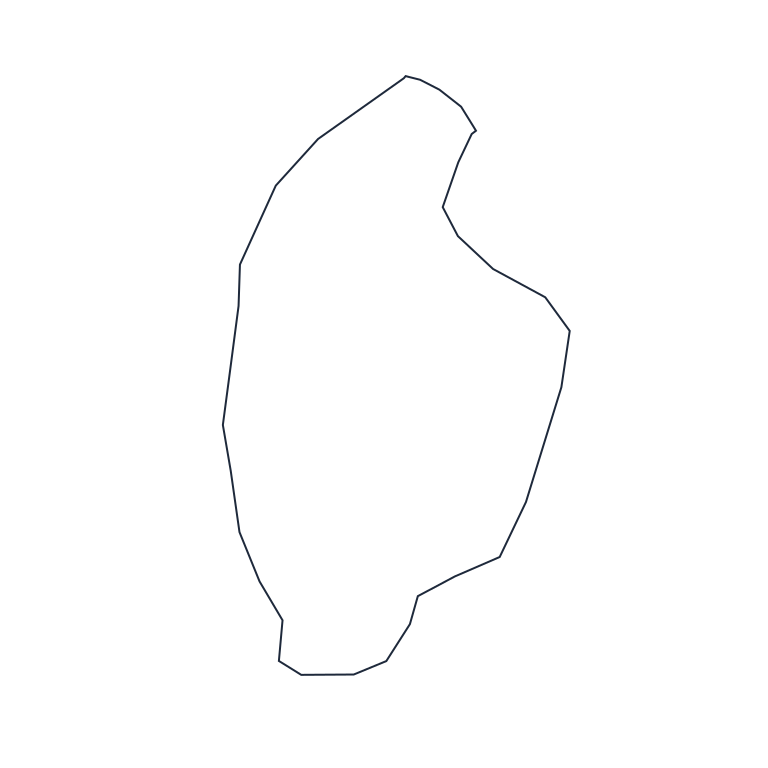 map outline of Bosnian Podrinje (orthographic projection), rotated 106°
{"feature_id": "BIH-2891", "entity_name": "Bosnian Podrinje", "entity_type": "Canton", "adm_level": 1, "iso_a3": "BIH", "parent_name": "Bosnia and Herzegovina", "parent_adm1": "", "projection": "orthographic", "projection_center": [18.793, 43.673], "detail": "fine", "context": "isolated", "style": "outline", "palette": "slate", "viewbox_px": 768, "rotation_deg": 106, "n_neighbors": 0, "source": "natural_earth", "source_scale": "10m", "svg_char_len": 581}
<svg xmlns="http://www.w3.org/2000/svg" viewBox="0 0 768 768"><g transform="rotate(106 384 384)"><path d="M115.2,365.4L119.5,368.6L150.4,373.7L197.8,376.3L221.5,353.7L243.4,310.8L256.2,252.9L281.8,220.1L338.2,212.6L458.3,215.0L518.4,225.1L549.4,262.8L578.6,293.0L607.7,292.9L649.7,305.4L671.6,333.0L686.4,383.4L679.2,408.7L639.1,416.4L608.1,449.2L566.2,482.1L509.7,507.4L467.8,527.6L416.6,535.2L349.1,545.3L308.9,555.4L223.1,542.7L166.6,514.9L84.6,449.2L82.1,448.1L81.6,433.2L85.8,411.9L96.2,386.3L111.6,369.3L115.2,365.4Z" fill="none" stroke="#1e293b" stroke-width="2"/></g></svg>